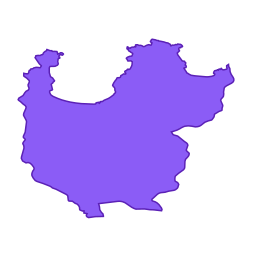 Kathu, Phuket, Thailand, rotated 87°
{"feature_id": "78962969B91269894651951", "entity_name": "Kathu", "entity_type": "district", "adm_level": 2, "iso_a3": "THA", "parent_name": "Thailand", "parent_adm1": "Phuket", "projection": "equal_earth", "projection_center": [98.291, 7.922], "detail": "fine", "context": "isolated", "style": "filled", "palette": "violet", "viewbox_px": 256, "rotation_deg": 87, "n_neighbors": 0, "source": "geoboundaries", "source_scale": "gbopen_adm2", "svg_char_len": 5675}
<svg xmlns="http://www.w3.org/2000/svg" viewBox="0 0 256 256"><g transform="rotate(87 128 128)"><path d="M187.0,80.3L185.7,80.9L185.0,81.4L183.9,83.2L183.3,83.8L181.3,83.9L179.0,83.5L178.3,83.0L175.9,79.9L172.7,74.9L171.5,73.8L170.2,73.4L164.4,72.9L162.6,72.3L162.1,72.0L160.2,70.0L158.8,68.8L157.0,68.2L156.2,68.4L154.2,70.4L153.1,71.0L148.3,69.1L147.0,69.5L146.0,70.3L144.4,72.4L138.8,78.6L138.4,79.4L137.5,82.2L137.0,83.3L134.2,84.9L132.7,79.2L131.4,76.2L130.5,74.6L129.5,72.2L129.2,71.1L129.0,67.8L129.5,64.4L130.4,60.6L130.3,58.3L129.8,56.3L129.0,54.8L126.3,51.0L125.1,47.5L124.4,44.1L123.8,43.4L121.7,41.7L120.4,41.2L119.0,41.0L118.7,40.8L116.2,36.2L115.5,33.8L115.1,33.2L113.2,33.0L111.2,32.3L110.2,32.2L106.3,33.7L105.0,34.0L104.0,33.5L102.0,31.5L101.2,31.0L99.0,30.6L97.1,30.7L93.1,29.8L92.4,29.4L91.0,27.4L88.6,22.1L87.3,20.4L85.9,19.8L84.4,19.8L83.1,20.3L79.9,22.1L78.3,22.7L76.9,23.1L73.9,23.2L71.9,24.2L69.8,24.3L70.9,26.2L72.3,26.3L73.5,26.0L74.1,26.1L74.4,26.6L74.9,28.9L74.9,30.0L74.3,31.2L73.5,31.5L73.3,31.8L74.3,32.7L73.9,33.5L73.9,34.0L74.9,34.6L74.5,35.3L74.5,35.7L75.1,36.4L75.2,37.8L75.4,38.5L76.1,39.1L77.6,39.7L77.9,39.6L78.7,38.5L79.4,38.7L79.9,39.1L80.3,40.0L80.8,41.8L81.1,45.5L81.0,47.1L79.4,58.5L78.6,62.3L77.2,64.6L76.3,65.7L76.0,66.5L75.0,66.8L71.3,69.0L70.9,68.8L70.7,67.1L70.0,66.6L68.8,66.8L68.3,67.5L68.0,67.6L67.1,67.1L65.7,67.0L65.1,67.8L64.3,68.1L63.9,70.3L57.5,74.5L55.7,74.9L53.7,72.6L53.0,72.6L52.4,73.2L51.1,73.1L50.5,72.4L50.6,71.2L49.9,70.8L49.8,69.7L49.5,69.3L48.9,69.4L47.9,70.2L47.2,71.2L47.1,72.4L46.7,73.9L47.4,74.8L47.1,76.1L47.5,76.9L47.7,78.3L47.5,79.5L48.1,80.4L48.1,81.0L46.6,81.5L45.8,82.8L45.2,83.6L44.8,85.5L44.0,87.4L43.2,90.4L42.8,92.2L42.7,92.8L42.3,93.0L42.0,94.9L41.5,95.6L40.6,99.2L41.0,100.0L41.6,100.1L42.6,101.1L43.3,100.9L44.2,99.6L44.6,99.7L44.9,100.1L46.0,100.2L46.4,100.6L46.4,101.3L45.9,102.7L45.9,103.3L46.5,105.4L47.4,107.0L47.5,108.4L47.3,108.9L46.7,109.5L46.1,111.0L46.1,112.7L45.4,114.0L45.3,115.5L45.3,115.8L45.7,116.2L46.9,115.9L47.3,116.1L47.4,116.5L47.1,117.3L47.6,118.1L47.4,119.8L47.7,120.1L47.9,121.1L48.4,121.4L48.1,122.5L48.6,123.2L48.8,123.3L48.7,123.5L47.9,123.3L47.4,123.6L46.9,124.0L47.1,124.6L48.5,124.9L49.2,124.6L49.2,123.8L49.8,123.8L50.8,123.3L51.4,122.8L51.8,121.8L52.2,121.6L53.6,119.6L54.0,119.4L54.8,119.6L56.4,120.5L56.5,122.6L57.3,124.9L58.1,125.9L58.6,126.0L59.7,125.1L60.9,124.8L61.1,124.4L61.1,121.6L62.1,120.3L64.8,120.6L66.5,121.2L69.1,122.8L69.6,123.9L69.3,124.5L69.2,125.0L69.4,125.4L69.7,125.3L69.8,125.8L70.7,126.9L70.8,127.6L71.3,128.2L71.9,128.3L73.1,127.4L73.8,127.4L74.0,127.9L73.8,129.7L74.5,130.7L75.3,132.4L76.5,132.7L77.0,133.1L77.3,134.3L77.2,135.5L77.4,136.3L78.1,136.8L78.8,137.0L79.8,138.1L82.2,139.9L84.2,141.0L84.8,141.1L85.2,140.7L85.9,140.5L86.6,139.6L87.7,139.1L89.7,139.1L91.3,138.5L92.1,138.8L93.4,140.3L94.0,140.5L96.3,143.9L97.5,146.1L99.0,150.3L100.2,152.2L100.3,152.7L100.1,153.2L100.2,154.0L100.9,154.3L101.5,155.0L100.7,155.6L100.8,155.7L101.5,155.7L101.1,156.3L100.9,157.3L101.3,158.6L101.9,158.7L102.3,159.2L102.4,160.8L101.2,173.4L100.3,178.8L99.1,184.3L97.9,188.4L96.5,192.6L94.8,196.6L92.5,201.2L91.2,202.9L90.5,203.5L88.4,204.4L87.0,204.3L86.6,203.6L86.2,201.9L85.7,201.4L80.3,202.4L80.0,202.2L79.3,201.0L79.0,200.7L78.5,200.6L77.5,199.2L77.0,198.9L74.1,200.7L72.7,202.7L68.7,203.7L63.9,203.5L62.7,202.9L62.4,202.5L62.6,197.7L61.6,195.2L60.9,194.6L60.3,194.3L57.7,194.7L56.4,194.3L55.6,194.3L54.9,193.6L54.8,192.8L54.5,192.4L53.8,192.5L53.4,193.2L52.4,193.2L51.7,192.5L51.3,191.7L51.3,191.1L51.8,190.1L51.8,189.5L50.8,188.6L50.5,188.7L49.5,189.9L49.3,190.9L49.3,191.4L49.9,192.4L50.0,193.1L50.4,193.9L50.5,194.4L48.5,194.7L47.9,195.0L47.6,197.5L47.6,199.2L47.4,199.8L46.8,200.0L46.7,201.8L45.3,204.9L45.4,205.0L46.1,205.0L46.4,205.2L47.2,206.8L48.2,208.1L48.9,208.7L49.9,209.1L50.2,209.5L50.4,210.8L51.0,211.9L50.8,214.1L51.0,216.2L52.0,216.5L52.7,217.1L53.1,217.0L59.3,213.2L61.3,211.3L61.5,211.3L62.9,212.3L63.2,212.7L62.8,214.7L62.6,216.6L63.1,219.1L63.8,219.9L64.0,222.0L64.5,222.4L65.1,222.6L65.3,223.5L65.9,223.9L67.7,224.3L68.6,225.2L68.5,227.0L67.9,229.2L70.1,229.4L70.9,229.2L72.9,226.5L75.6,224.1L77.0,224.2L79.5,225.5L80.8,225.5L82.8,224.8L83.8,224.9L84.9,225.6L86.0,227.9L87.4,229.2L90.1,231.1L92.5,235.5L93.9,236.2L94.5,235.9L96.1,233.9L98.6,231.5L100.2,229.5L101.5,228.7L102.1,228.7L103.4,229.1L107.8,231.3L109.1,231.6L110.0,231.6L113.6,229.9L115.2,229.2L116.5,229.0L126.8,230.9L130.5,232.8L131.4,233.0L132.1,232.9L133.5,231.5L134.2,231.2L136.9,233.4L137.8,233.8L138.4,233.8L139.8,233.1L141.6,232.9L142.9,233.0L151.1,235.8L152.7,236.1L155.4,235.0L157.5,231.7L157.3,230.2L157.3,229.3L158.0,227.6L159.6,226.0L162.1,224.3L163.3,223.9L164.0,224.0L164.8,224.3L165.8,225.2L166.8,225.7L168.2,226.3L169.9,226.5L170.8,226.3L173.1,225.2L175.6,223.4L176.6,221.7L179.0,215.6L181.9,209.2L182.7,207.9L183.9,206.6L185.4,203.0L191.1,193.1L192.1,192.0L192.7,191.7L197.1,191.4L197.6,191.1L197.9,190.5L198.2,187.4L200.4,184.8L201.3,182.8L202.5,181.7L203.6,181.0L204.7,180.6L207.1,180.5L207.7,179.6L208.2,178.5L208.6,177.5L208.4,177.1L208.5,176.2L210.6,176.5L211.4,173.3L212.7,174.1L213.5,174.2L214.6,173.5L215.4,172.0L214.8,165.4L215.0,157.2L214.1,157.2L212.3,157.6L211.0,158.9L208.5,160.3L207.8,160.5L205.3,160.6L202.0,161.3L200.7,142.2L200.7,140.4L201.0,138.5L201.4,137.1L202.5,134.8L207.3,128.5L208.6,126.3L209.4,124.4L209.7,115.8L210.7,110.6L211.1,106.4L212.4,98.8L211.1,98.3L209.6,98.8L206.1,101.1L204.3,102.9L203.1,104.8L202.0,107.6L201.3,107.9L200.4,107.8L195.6,102.0L194.7,100.3L194.3,98.6L194.1,94.4L193.2,90.6L192.6,85.3L192.1,83.8L190.9,82.1L190.1,81.4L187.0,80.3Z" fill="#8b5cf6" stroke="#5b21b6" stroke-width="1.5"/></g></svg>